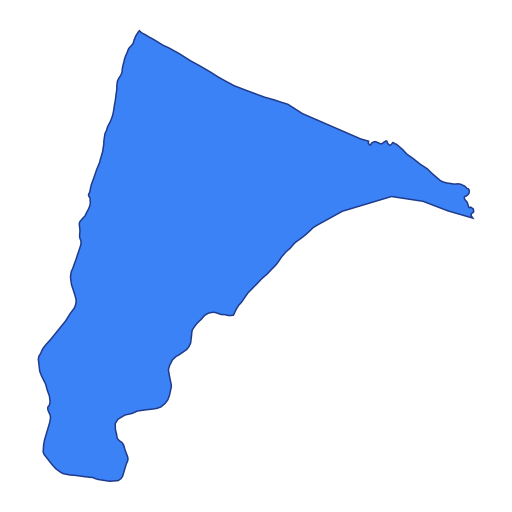 Tonpheung, Bokeo, Laos
{"feature_id": "54806243B26720131925701", "entity_name": "Tonpheung", "entity_type": "district", "adm_level": 2, "iso_a3": "LAO", "parent_name": "Laos", "parent_adm1": "Bokeo", "projection": "robinson", "projection_center": [100.271, 20.454], "detail": "fine", "context": "isolated", "style": "filled", "palette": "blue", "viewbox_px": 512, "rotation_deg": 0, "n_neighbors": 0, "source": "geoboundaries", "source_scale": "gbopen_adm2", "svg_char_len": 4942}
<svg xmlns="http://www.w3.org/2000/svg" viewBox="0 0 512 512"><path d="M472.8,218.1L471.5,216.1L470.9,214.6L471.6,213.5L473.3,212.3L473.7,211.3L473.5,210.1L473.1,208.7L472.4,208.4L471.3,207.5L470.4,207.2L469.7,207.7L469.0,207.5L468.4,206.2L467.8,204.3L467.3,202.5L466.5,201.4L465.3,200.1L464.5,198.8L464.3,198.0L464.4,196.9L465.3,196.3L466.3,196.0L467.4,195.2L468.5,194.0L469.1,192.9L469.3,191.2L469.0,189.8L468.4,188.9L467.3,188.6L466.3,187.9L465.8,187.1L464.8,186.2L463.4,185.5L462.2,185.0L461.4,184.5L458.7,183.8L454.1,184.1L449.4,183.3L447.3,183.1L447.2,183.1L442.9,181.9L440.1,180.4L435.6,176.5L431.4,172.9L427.5,169.0L424.8,167.2L420.2,164.2L413.2,158.6L406.8,154.1L402.8,149.7L398.3,145.8L396.4,144.2L395.2,143.9L394.7,143.6L393.7,142.8L393.1,142.5L392.8,142.6L392.3,143.2L391.6,144.1L391.0,144.8L390.6,145.0L390.1,145.2L389.6,145.1L389.2,144.9L388.3,144.1L388.0,143.7L387.6,143.1L387.3,142.4L386.9,141.4L386.7,141.0L386.3,140.9L385.9,141.0L385.6,141.1L385.2,141.4L384.3,141.9L384.0,142.1L383.2,142.7L382.9,143.0L381.9,143.6L381.4,143.8L380.6,143.9L380.2,143.7L379.2,143.2L378.4,142.8L377.7,142.5L377.0,142.4L376.6,142.1L375.8,141.8L375.3,141.6L374.5,141.7L373.5,142.0L372.9,142.3L372.5,142.5L372.1,142.7L371.7,143.0L371.1,143.7L371.0,144.2L370.9,144.6L370.7,144.9L370.3,145.0L369.9,145.0L369.6,144.7L369.3,144.4L368.8,143.9L368.3,143.6L368.4,142.3L368.4,141.6L368.6,141.2L360.6,138.9L302.4,113.6L287.9,104.3L281.7,102.4L275.0,100.1L264.3,97.1L255.7,93.9L245.8,90.2L234.1,85.7L223.5,80.0L217.7,76.7L210.2,71.9L199.7,65.8L190.7,60.9L185.0,57.3L179.0,53.5L173.9,50.7L169.1,48.0L163.3,45.4L157.8,42.0L153.4,39.3L149.0,37.0L145.2,34.6L141.7,32.9L139.4,30.7L138.6,31.6L137.8,32.7L137.2,33.7L136.4,34.9L135.5,36.5L134.9,38.2L134.6,39.2L134.1,39.7L133.9,40.8L133.5,42.2L133.2,43.2L132.4,44.4L131.2,45.7L129.8,47.3L129.2,47.9L128.6,48.8L128.2,49.6L127.5,51.6L127.0,52.9L126.3,54.5L125.7,55.6L125.0,57.6L124.4,59.5L123.9,62.0L123.6,63.0L122.8,66.1L122.3,68.7L122.2,70.3L122.1,71.5L121.9,72.5L121.2,74.4L120.7,75.4L119.5,77.2L118.8,78.2L118.3,79.3L117.7,80.5L117.3,81.8L117.0,84.3L116.8,86.1L116.8,88.2L116.7,90.0L116.5,91.6L116.1,93.8L115.7,97.4L115.3,100.5L114.4,105.3L113.9,108.8L113.4,111.8L112.9,114.2L112.4,116.1L111.7,118.0L110.8,120.4L109.5,123.1L107.9,126.1L107.2,127.9L106.9,128.9L106.8,129.7L105.0,133.6L104.3,137.8L103.8,141.9L103.8,144.2L103.2,147.6L102.7,151.3L102.2,153.1L100.6,158.6L100.2,159.8L99.8,161.9L98.1,166.1L96.6,169.7L95.2,173.9L94.0,177.4L92.2,182.3L91.3,184.7L90.2,189.8L89.8,191.8L89.5,192.6L89.3,193.0L88.7,194.1L88.5,195.2L88.9,196.4L89.7,197.3L89.8,197.4L90.1,198.3L90.1,200.3L90.3,202.8L90.2,203.8L89.8,205.6L89.1,207.6L88.0,210.0L86.8,212.1L84.9,216.1L83.1,217.9L80.2,221.2L79.6,222.4L79.3,223.6L79.4,225.6L79.9,229.7L79.9,231.8L79.6,235.4L79.6,236.9L80.2,239.1L80.8,240.3L81.0,241.6L81.0,243.8L80.3,246.5L78.6,251.6L77.6,254.4L76.0,259.4L74.1,264.6L72.6,268.8L71.4,271.3L71.0,273.2L70.5,276.5L70.7,279.1L71.5,284.7L72.1,286.5L73.4,290.4L75.0,295.4L76.0,299.2L76.1,301.6L75.8,304.0L74.9,306.6L74.1,308.4L70.3,313.4L65.4,321.2L50.9,339.1L45.1,345.6L43.2,348.1L41.8,350.6L40.8,353.1L39.5,355.3L38.8,356.4L38.8,356.7L38.3,359.5L38.6,361.5L39.0,365.0L39.7,371.1L41.4,375.6L43.6,380.1L45.4,383.5L46.2,386.1L47.1,389.7L49.4,396.1L50.1,401.9L49.3,405.3L47.8,407.2L47.8,409.6L49.0,412.6L50.2,415.1L50.4,417.0L50.5,417.7L49.8,422.1L44.5,440.0L43.5,445.7L43.4,448.6L43.1,451.9L44.2,454.6L46.2,457.1L51.8,464.3L55.9,468.8L58.5,470.7L60.9,472.5L63.7,473.8L66.5,474.3L69.3,474.9L75.4,475.4L81.2,476.2L84.1,476.6L89.8,477.3L92.7,477.5L95.3,478.6L98.3,479.5L104.1,480.4L110.0,481.3L112.7,481.0L115.5,480.8L118.2,480.6L121.1,478.5L122.7,476.0L125.4,466.9L126.3,463.9L127.6,461.1L128.0,459.0L127.6,456.6L126.1,452.8L124.9,449.5L123.7,445.1L122.0,442.5L119.2,440.6L117.2,438.3L116.6,434.5L115.4,429.3L115.2,423.7L116.3,421.7L118.3,419.0L121.0,417.4L123.3,416.0L125.4,414.9L132.2,413.4L137.5,411.0L146.0,409.8L151.6,409.2L156.9,408.4L160.9,406.9L164.9,403.6L167.7,400.0L169.4,395.6L171.3,387.0L171.3,385.3L171.3,385.1L169.3,375.1L168.4,369.7L169.6,365.4L172.5,359.8L176.1,356.4L179.1,354.8L183.0,352.1L186.8,349.4L188.8,346.9L190.6,343.1L191.6,335.1L191.7,333.6L191.9,331.8L192.3,329.9L193.4,328.2L195.2,325.6L195.4,325.4L197.1,323.3L199.4,321.0L201.5,319.1L203.4,316.7L204.7,315.4L206.4,314.3L208.6,313.1L210.8,312.6L212.9,312.3L214.4,312.3L216.4,312.9L218.9,313.7L221.1,314.5L223.5,314.6L225.3,314.7L227.3,315.3L228.0,315.4L229.6,315.6L230.4,315.6L230.8,315.5L233.4,315.2L234.0,314.0L235.8,310.1L236.9,308.1L238.6,305.4L241.6,302.1L245.3,296.7L248.1,292.7L252.6,288.2L255.1,285.6L257.6,283.1L260.3,280.2L263.1,277.5L267.4,273.8L271.9,269.0L274.8,266.1L277.0,263.6L278.7,261.2L281.6,256.9L286.2,251.6L290.2,248.2L293.8,244.0L295.6,242.2L302.0,237.6L306.2,234.2L310.3,230.4L313.2,227.6L317.4,225.0L338.1,213.6L342.5,211.2L391.5,196.5L423.0,201.3L448.0,210.9L472.8,218.1Z" fill="#3b82f6" stroke="#1e3a8a" stroke-width="1.5"/></svg>